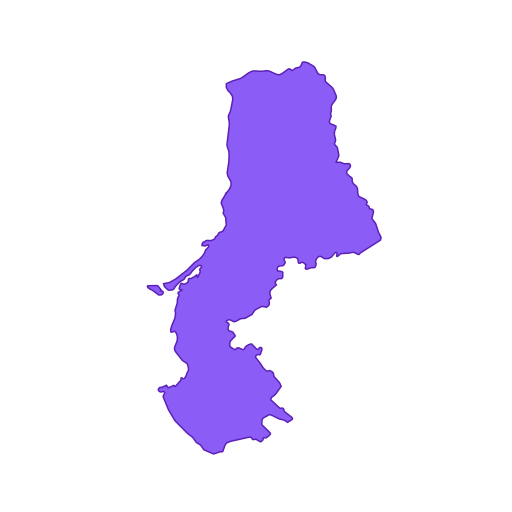 the Republic of Dagestan, rotated 216°
{"feature_id": "RUS-2417", "entity_name": "Dagestan", "entity_type": "Republic", "adm_level": 1, "iso_a3": "RUS", "parent_name": "Russia", "parent_adm1": "", "projection": "orthographic", "projection_center": [46.661, 43.097], "detail": "fine", "context": "isolated", "style": "filled", "palette": "violet", "viewbox_px": 512, "rotation_deg": 216, "n_neighbors": 0, "source": "natural_earth", "source_scale": "10m", "svg_char_len": 6139}
<svg xmlns="http://www.w3.org/2000/svg" viewBox="0 0 512 512"><g transform="rotate(216 256 256)"><path d="M189.7,362.0L188.3,361.9L187.4,361.4L186.6,360.3L184.6,355.1L183.6,354.1L178.5,352.7L170.5,347.0L167.6,345.6L165.4,344.2L164.7,341.8L173.3,320.0L173.6,317.7L175.1,317.0L177.6,316.9L180.1,315.7L182.4,313.1L188.9,307.6L189.5,304.5L189.9,303.6L190.3,303.2L191.0,303.6L192.0,305.9L193.1,306.2L193.6,305.9L194.1,304.1L194.3,299.9L195.4,297.3L196.1,296.3L199.0,294.1L202.9,293.8L203.9,293.5L205.0,292.4L205.4,290.4L205.1,287.7L204.5,286.4L202.9,285.2L202.0,283.5L201.6,281.8L202.3,280.5L204.4,279.0L207.0,275.3L207.7,274.8L208.8,274.9L210.1,277.5L210.7,278.2L213.7,278.5L215.3,278.0L215.6,277.6L215.8,276.5L217.1,275.3L217.9,275.6L219.0,276.9L221.2,278.5L223.5,278.0L224.5,277.5L228.0,274.0L231.2,272.3L231.6,271.8L231.8,271.2L231.4,269.7L230.6,269.1L229.2,268.5L228.5,267.8L228.2,266.4L228.2,265.1L228.6,263.9L230.8,262.0L231.6,260.9L231.9,259.5L231.5,258.0L229.7,256.7L226.0,258.6L224.7,258.5L222.0,254.7L221.8,253.6L222.2,252.6L224.4,250.9L225.0,249.4L225.2,248.1L225.1,246.2L224.9,245.7L222.5,244.5L223.7,239.5L224.0,237.3L223.8,235.7L223.5,234.9L222.3,233.4L219.0,230.8L219.0,230.3L219.6,228.7L219.6,227.9L217.3,225.5L216.8,224.4L216.7,223.0L217.4,220.7L220.6,219.3L221.8,218.4L224.7,212.6L225.1,210.8L224.9,207.6L225.0,206.1L228.1,199.3L231.5,196.3L234.0,191.2L235.2,189.8L238.6,189.3L240.5,188.6L241.5,186.7L241.6,185.6L241.2,185.2L238.5,185.4L237.6,184.8L236.5,181.7L235.2,180.0L233.7,179.7L231.2,180.6L229.8,180.7L226.6,179.6L225.9,179.1L225.7,178.5L226.1,176.8L226.6,172.9L226.5,171.1L224.5,167.9L223.4,167.4L218.5,167.6L217.8,168.2L217.3,170.5L215.9,171.6L211.9,172.4L211.1,173.0L210.8,173.5L211.1,176.3L210.5,178.5L209.3,180.8L207.8,182.3L201.3,181.1L199.9,181.2L199.3,182.1L199.3,183.3L198.9,184.6L198.2,184.9L197.0,184.8L196.0,183.3L194.7,179.0L194.9,178.2L196.7,177.4L197.1,176.7L197.4,174.6L196.8,173.8L188.6,171.4L185.3,170.0L181.8,169.2L179.7,169.2L178.9,169.8L177.4,171.5L174.4,171.8L173.1,171.4L170.9,169.3L170.3,169.0L163.5,167.6L161.6,166.9L159.0,165.3L158.9,156.6L159.3,154.0L160.1,151.7L160.2,150.2L160.1,149.3L159.4,148.3L147.4,146.9L146.8,147.0L145.5,148.4L144.4,148.6L143.2,148.2L142.7,147.5L141.5,146.9L132.0,146.5L131.1,146.1L130.8,145.7L130.7,145.1L132.6,140.0L136.6,139.8L141.8,137.7L149.8,136.4L152.0,135.5L154.7,129.7L155.1,128.1L154.4,126.3L152.6,123.5L151.8,122.9L140.5,121.2L139.7,120.6L139.8,118.5L140.7,115.3L141.1,114.6L143.0,113.5L143.0,112.7L142.5,111.9L142.3,111.2L142.7,108.9L143.0,108.4L144.0,108.1L148.2,107.8L150.3,105.9L150.9,105.6L153.3,106.4L154.6,105.9L167.3,91.5L169.6,88.2L169.9,86.5L169.9,84.9L168.0,78.4L168.1,78.0L169.8,76.6L174.0,70.9L184.3,68.6L188.7,70.2L190.2,70.4L194.8,70.1L199.4,71.7L201.3,72.1L207.0,72.2L224.7,75.1L236.5,80.2L248.3,87.5L249.0,88.9L249.1,90.8L249.4,91.6L249.8,92.0L250.3,92.2L251.2,91.9L253.3,89.9L253.9,89.7L255.6,89.8L256.6,90.5L256.8,91.4L256.5,93.3L255.0,94.4L252.5,98.8L249.7,97.8L247.9,100.3L246.5,103.0L244.8,102.8L244.4,104.5L243.8,111.3L244.9,113.3L244.6,113.7L242.9,113.9L242.2,114.4L241.9,115.3L242.1,117.5L243.1,121.4L243.4,123.4L244.1,124.9L245.7,126.5L248.5,128.5L254.0,128.2L264.6,131.2L266.2,131.9L267.6,133.2L268.4,135.0L270.0,141.3L271.9,144.1L273.1,145.4L276.3,147.3L277.2,147.3L278.0,146.7L279.4,144.9L280.1,144.5L281.9,146.4L283.3,150.6L285.1,158.1L286.9,161.5L288.2,163.3L289.3,164.1L289.9,165.2L292.0,171.5L293.9,174.4L294.7,176.2L295.0,178.6L295.4,179.3L297.0,179.8L297.5,180.9L296.0,184.9L297.9,184.2L299.0,184.4L299.4,185.3L300.4,188.7L300.5,189.7L299.9,190.3L298.1,190.7L297.3,191.3L296.3,192.9L295.6,195.1L297.1,197.8L296.8,198.5L295.2,199.8L293.8,202.9L292.8,205.9L291.4,204.5L290.8,204.5L291.3,208.6L291.9,210.5L293.7,212.1L293.7,215.3L295.1,216.0L296.8,214.6L298.0,211.2L298.6,207.2L298.8,202.2L299.1,201.3L300.3,199.4L300.9,198.0L300.5,195.2L300.8,194.0L301.9,191.8L302.7,189.1L303.1,186.3L303.3,183.6L303.1,181.4L303.3,180.3L304.0,179.1L306.9,176.8L311.0,177.2L312.8,177.9L314.5,179.3L310.4,183.7L307.5,190.1L303.5,203.8L301.9,214.4L299.9,220.0L299.3,224.1L299.4,228.2L300.4,231.5L299.9,233.2L299.8,235.0L300.2,236.4L301.4,236.9L303.2,234.0L304.6,233.5L305.7,232.7L306.2,233.1L306.6,233.9L306.9,236.0L306.1,237.2L305.4,239.2L304.3,240.2L302.0,241.6L301.2,242.4L299.8,244.7L299.5,245.7L300.0,247.8L299.3,249.9L299.6,253.1L299.2,254.0L297.7,255.8L297.5,257.7L298.3,263.6L303.2,269.3L307.5,271.2L308.2,272.3L308.7,273.7L309.9,274.9L315.4,278.5L316.5,281.9L316.4,283.0L316.9,287.7L316.8,289.3L317.3,289.3L316.8,291.4L316.9,295.3L317.8,298.6L319.6,301.2L325.9,304.2L328.1,306.2L333.4,316.3L337.4,322.3L339.7,324.9L343.8,327.8L345.0,329.1L354.5,346.1L356.6,348.9L359.3,351.4L360.7,353.1L361.2,355.2L361.6,357.3L362.3,359.4L367.0,369.3L369.2,371.5L372.6,372.8L376.1,373.4L379.3,375.1L381.3,378.1L377.9,383.8L372.5,391.1L369.6,399.8L368.2,402.6L366.5,404.5L360.2,408.6L356.4,412.1L354.3,413.3L345.8,415.1L343.4,416.6L342.0,419.4L339.7,426.5L338.0,427.4L336.1,427.1L335.4,428.0L334.4,431.3L331.7,434.4L331.5,436.4L332.3,439.7L332.0,440.6L330.3,441.8L327.1,442.8L320.8,443.4L319.4,443.1L313.3,440.1L311.8,440.0L310.4,440.5L307.8,442.3L306.3,442.3L304.9,441.3L302.8,438.3L301.2,437.8L293.5,437.1L291.2,436.3L285.5,432.9L284.2,431.6L283.5,429.4L283.6,424.2L283.3,421.8L282.7,420.7L280.4,417.8L279.4,415.0L277.3,413.2L276.0,408.4L274.8,407.1L273.5,406.7L270.6,407.6L267.5,408.0L266.5,406.2L265.8,403.2L264.0,400.3L260.3,397.2L259.3,395.8L258.6,393.3L258.3,392.7L257.4,392.3L254.6,391.8L253.3,391.0L248.5,386.5L247.8,385.4L247.4,384.0L246.4,379.1L245.8,379.1L243.2,381.3L238.8,382.5L235.1,385.4L233.7,385.4L232.4,384.3L232.0,382.7L232.4,378.7L231.9,376.8L230.6,376.0L227.2,375.5L225.3,375.6L223.7,375.2L221.9,372.8L220.1,371.8L215.8,371.4L213.7,370.4L210.5,366.5L208.6,365.0L207.3,364.7L201.7,365.8L199.4,365.8L197.7,364.9L197.2,362.8L196.5,362.3L194.1,362.6L191.8,360.9L189.7,362.0ZM324.9,166.9L326.0,167.6L326.0,168.4L318.7,173.9L317.6,174.1L313.1,172.9L312.8,171.7L311.1,172.6L310.2,172.5L309.5,171.7L309.1,170.7L309.8,168.8L311.8,167.3L319.9,167.4L322.2,166.9L324.9,166.9Z" fill="#8b5cf6" stroke="#5b21b6" stroke-width="1.5"/></g></svg>